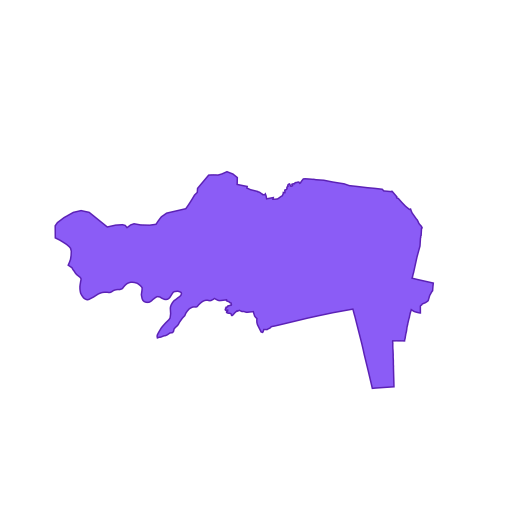 the district of Sacu, Caras-Severin, Romania, rotated 212°
{"feature_id": "2599482B680893126759", "entity_name": "Sacu", "entity_type": "district", "adm_level": 2, "iso_a3": "ROU", "parent_name": "Romania", "parent_adm1": "Caras-Severin", "projection": "orthographic", "projection_center": [22.117, 45.574], "detail": "fine", "context": "isolated", "style": "filled", "palette": "violet", "viewbox_px": 512, "rotation_deg": 212, "n_neighbors": 0, "source": "geoboundaries", "source_scale": "gbopen_adm2", "svg_char_len": 6026}
<svg xmlns="http://www.w3.org/2000/svg" viewBox="0 0 512 512"><g transform="rotate(212 256 256)"><path d="M88.0,319.3L87.8,319.9L87.8,320.1L89.7,323.7L91.3,327.0L106.7,321.6L111.9,319.9L112.4,321.8L113.0,323.4L113.1,323.8L113.4,324.7L113.5,325.2L119.0,340.6L122.2,351.3L126.1,358.5L126.1,358.9L126.9,360.2L126.8,360.8L130.3,367.2L130.0,367.6L130.2,368.1L131.7,368.9L134.2,369.6L135.4,370.1L136.8,371.1L138.3,372.0L139.7,372.4L146.4,375.2L147.9,376.2L149.8,377.7L150.5,376.8L154.1,377.2L156.0,377.5L160.7,378.7L165.8,380.2L167.0,379.9L167.6,379.9L167.8,380.1L167.9,380.8L174.9,383.0L175.2,382.8L175.2,382.4L182.1,378.9L184.3,379.5L190.9,376.4L197.8,372.9L207.4,368.4L214.2,365.1L219.5,363.9L224.9,361.6L230.4,359.3L238.6,356.2L245.7,352.4L247.8,351.6L248.1,351.3L251.8,349.4L255.3,347.5L256.7,346.4L257.0,344.1L257.1,342.8L257.0,341.7L257.4,340.8L258.9,341.4L260.0,340.5L260.6,339.7L261.3,339.3L261.7,338.7L261.7,338.1L261.6,337.7L262.8,336.9L263.6,335.8L263.1,335.4L262.5,335.4L262.3,334.9L263.2,333.7L263.8,333.6L265.4,334.8L266.0,334.8L266.6,333.5L266.1,331.7L265.9,331.7L266.2,330.9L265.9,330.0L265.4,329.6L265.4,328.6L266.5,327.1L265.3,325.6L265.1,324.9L266.5,324.4L265.9,323.1L265.6,321.1L266.4,319.5L267.9,315.9L269.6,314.5L271.7,313.1L272.3,314.7L277.3,310.1L279.3,312.3L281.0,313.6L281.1,312.5L282.7,311.6L283.3,311.9L284.0,311.7L285.7,311.9L287.0,311.9L288.6,311.4L288.8,311.6L295.9,309.3L299.8,308.8L300.0,309.4L300.3,310.3L309.9,306.7L313.4,312.6L319.0,313.3L325.3,312.1L328.4,307.5L331.1,304.5L333.3,303.3L335.4,302.0L337.5,300.6L339.0,299.5L341.4,282.4L339.5,278.8L340.4,275.1L340.3,270.8L340.3,266.6L340.4,262.4L340.6,258.9L354.5,245.0L357.0,239.1L357.3,236.4L357.5,233.7L357.6,229.9L362.6,225.7L370.3,221.2L376.5,218.7L378.7,216.0L380.4,211.7L383.1,212.6L385.8,211.8L391.4,207.8L397.5,201.8L420.6,204.6L428.4,201.8L434.0,196.2L439.1,186.9L442.1,179.1L442.3,175.2L435.8,165.0L430.6,165.5L428.9,165.5L424.2,165.5L422.3,165.4L419.2,164.9L417.4,164.3L415.2,162.2L413.1,158.5L411.5,154.8L410.8,151.5L410.4,148.7L405.8,148.5L404.1,147.5L402.2,146.8L399.9,145.7L398.2,145.2L393.8,144.7L393.3,144.5L392.6,144.2L392.2,143.7L391.8,143.2L391.3,141.7L389.9,138.4L389.2,136.9L387.8,134.7L386.5,133.1L385.2,131.7L384.0,130.9L382.7,130.2L380.8,129.4L380.0,129.1L378.9,129.0L378.2,129.0L376.8,129.2L375.8,129.5L374.7,130.6L373.9,132.0L372.0,135.2L369.8,139.9L369.1,141.0L368.0,142.5L367.0,143.6L365.9,144.5L364.8,145.3L362.8,146.5L361.3,147.1L360.2,148.0L359.5,149.1L358.8,150.7L358.2,151.7L357.6,152.4L356.7,153.3L355.5,154.3L353.8,155.3L352.9,156.4L352.4,156.9L352.0,157.9L351.9,159.3L351.6,161.4L351.2,162.9L350.7,164.3L349.8,165.7L348.6,167.1L347.4,168.0L345.1,169.1L342.5,169.9L341.0,169.9L338.4,169.6L336.9,169.2L335.7,168.7L334.6,166.7L332.7,162.4L331.6,161.2L329.9,159.4L328.3,158.4L326.7,158.1L325.1,158.4L323.7,159.0L322.2,160.1L321.4,161.4L320.8,162.8L320.5,164.2L319.2,167.6L318.4,169.1L317.3,169.7L315.9,170.3L313.5,170.3L310.8,170.7L309.8,171.1L308.8,171.8L308.0,172.6L307.6,173.5L307.2,174.6L307.1,175.5L307.1,179.2L307.0,181.3L306.4,182.5L305.3,183.4L303.7,184.7L301.8,185.2L300.3,185.4L299.4,184.8L299.0,183.7L298.9,182.7L299.2,181.2L300.0,179.4L301.0,176.5L301.8,174.8L302.1,172.4L302.1,171.5L302.0,169.6L301.8,168.6L301.5,167.4L300.9,166.2L299.5,164.2L297.8,161.8L296.6,159.2L296.1,158.1L296.0,157.5L296.1,155.8L297.2,151.3L298.0,146.7L298.2,144.7L298.1,139.8L298.0,138.3L297.8,136.5L297.1,135.2L296.2,134.3L295.1,135.7L293.8,136.7L291.7,139.6L291.0,140.1L290.5,140.6L289.5,142.1L288.2,145.1L286.2,146.8L286.0,148.3L286.7,150.3L286.8,150.8L286.5,152.8L286.0,154.3L285.7,155.7L285.6,156.8L285.8,159.3L285.5,164.2L285.2,165.8L284.8,167.5L284.9,168.6L285.1,169.4L285.2,170.7L285.1,172.8L284.6,175.8L284.2,176.6L283.2,178.4L282.4,179.4L281.2,180.2L280.0,180.9L279.3,181.5L279.0,182.4L278.8,184.2L278.1,186.8L277.4,188.7L276.6,190.2L275.5,191.5L274.1,192.6L273.1,193.0L272.1,193.3L271.1,193.9L270.5,194.5L269.1,196.9L268.8,197.9L268.2,198.0L266.4,198.1L264.7,198.3L263.5,198.7L262.1,199.7L259.4,201.9L257.8,203.3L257.6,203.2L257.5,202.5L257.2,202.4L254.1,202.9L253.8,202.7L253.5,202.6L252.2,202.9L251.9,202.7L251.7,202.3L251.6,202.0L251.1,201.8L250.9,201.3L253.4,198.7L253.2,198.0L253.3,197.7L254.1,196.8L253.8,196.5L254.1,195.9L253.8,195.7L253.9,195.2L253.8,194.6L253.6,194.1L253.2,193.9L252.6,194.1L251.7,194.9L251.3,195.1L251.1,194.7L250.8,194.0L251.2,193.7L251.3,193.4L251.4,193.1L251.2,192.7L250.9,192.5L249.4,192.7L247.7,193.6L246.5,193.7L246.0,193.4L245.3,192.7L244.9,192.7L244.6,193.0L244.4,193.6L244.2,194.6L243.9,196.5L243.0,199.5L242.6,199.4L242.4,199.4L241.4,201.1L238.9,201.4L238.4,201.5L237.3,202.3L236.2,202.7L234.9,203.0L233.9,203.4L231.9,205.0L228.8,207.4L228.2,206.8L225.4,204.4L223.6,203.7L222.1,203.5L222.0,203.2L221.0,201.5L220.0,200.1L218.8,198.9L218.0,198.3L211.4,194.3L209.9,194.7L209.9,195.7L210.4,197.8L207.6,199.5L207.0,200.8L206.3,201.8L205.9,202.5L205.7,203.2L205.6,204.2L202.9,206.7L200.0,209.6L183.6,226.3L179.5,230.5L175.4,234.5L171.3,238.5L160.7,248.7L152.0,256.6L145.7,262.3L141.0,257.9L140.9,257.9L119.4,237.3L115.0,232.9L112.1,229.9L99.9,218.0L87.2,205.4L84.6,207.4L69.7,218.2L72.0,221.7L80.3,234.2L81.0,235.4L82.1,236.9L84.1,240.1L86.1,242.9L87.3,244.9L89.9,248.7L90.9,250.0L92.6,252.6L93.8,254.6L94.3,255.1L95.1,256.4L95.1,256.5L91.8,258.6L86.4,261.9L85.0,262.7L85.4,263.5L85.9,265.1L86.3,266.1L86.7,266.9L86.9,267.6L87.4,268.5L87.6,269.3L88.2,270.8L88.2,271.1L88.7,272.3L89.3,273.7L89.8,274.7L90.2,275.6L90.5,276.4L90.7,277.2L91.1,278.0L91.1,278.4L91.3,278.8L91.6,279.4L91.8,280.2L92.0,280.6L92.2,281.1L92.2,281.3L92.8,283.0L93.3,284.7L93.5,285.5L93.9,286.3L94.4,287.8L94.8,288.7L94.9,289.4L95.1,289.7L95.2,290.2L95.2,290.5L95.9,292.8L93.0,292.7L91.8,292.9L91.1,293.1L90.4,293.3L88.8,293.8L87.1,294.4L86.4,294.8L90.0,300.5L90.1,301.1L89.6,302.3L89.6,302.6L89.6,303.2L89.5,303.4L89.4,303.7L89.2,304.0L88.6,304.8L87.6,306.2L86.7,308.2L86.4,309.0L86.4,309.4L86.4,309.7L87.6,313.9L87.7,314.3L87.8,314.7L88.0,319.3Z" fill="#8b5cf6" stroke="#5b21b6" stroke-width="1.5"/></g></svg>